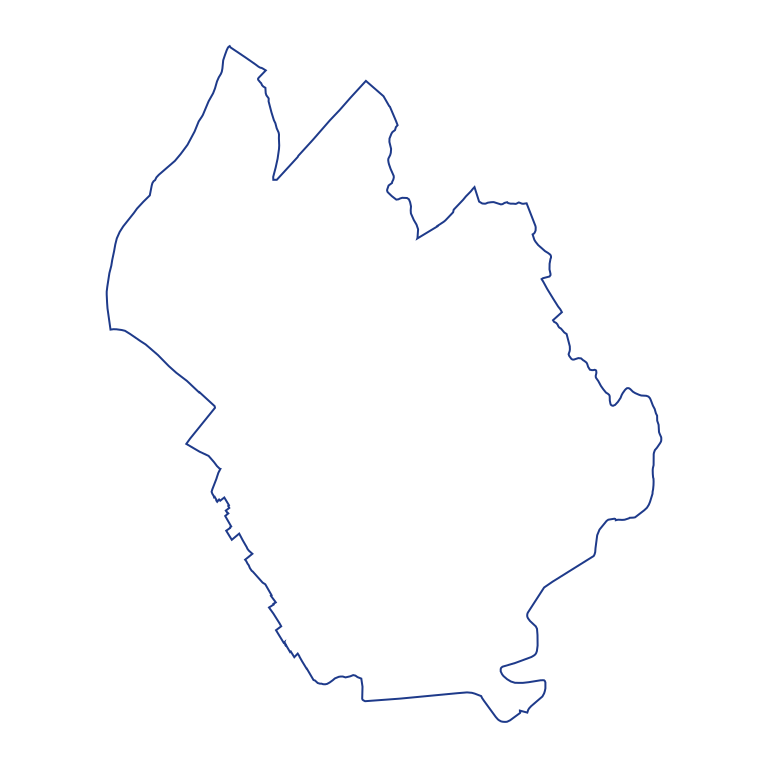 Funza, Cundinamarca, Colombia (Natural Earth projection)
{"feature_id": "7082276B8627668413751", "entity_name": "Funza", "entity_type": "district", "adm_level": 2, "iso_a3": "COL", "parent_name": "Colombia", "parent_adm1": "Cundinamarca", "projection": "natural_earth1", "projection_center": [-74.204, 4.746], "detail": "fine", "context": "isolated", "style": "outline", "palette": "blue", "viewbox_px": 768, "rotation_deg": 0, "n_neighbors": 0, "source": "geoboundaries", "source_scale": "gbopen_adm2", "svg_char_len": 6078}
<svg xmlns="http://www.w3.org/2000/svg" viewBox="0 0 768 768"><path d="M186.3,443.9L199.6,451.7L208.6,455.9L214.0,462.1L217.0,466.1L219.7,468.7L220.4,468.9L218.4,472.7L216.6,478.1L216.6,478.3L212.3,489.4L211.6,491.8L212.4,493.9L213.6,495.8L214.1,497.3L214.7,496.9L216.7,500.4L216.4,500.7L217.2,501.8L219.1,499.5L220.2,500.7L224.3,497.5L229.0,505.3L228.2,506.0L229.3,507.9L225.8,510.6L227.1,512.5L227.3,512.4L228.3,513.4L225.2,516.0L231.2,526.5L230.0,527.4L230.1,528.0L226.2,530.7L231.8,539.8L239.2,533.6L242.8,540.4L246.9,547.5L247.3,548.6L248.8,550.6L252.4,553.8L245.1,559.7L246.3,561.2L247.5,563.6L248.7,565.2L249.9,568.1L251.7,570.8L252.7,571.5L262.6,582.6L265.3,584.3L271.6,595.3L270.9,595.8L275.8,602.4L273.4,603.8L273.7,604.5L269.0,607.5L273.4,613.6L279.7,623.6L281.2,626.3L276.0,630.2L283.7,642.8L284.3,642.3L284.2,642.6L284.6,643.2L284.9,643.0L285.0,643.1L284.7,643.4L285.4,644.7L285.7,644.5L285.8,644.6L285.4,645.1L285.7,645.6L286.1,645.3L290.1,652.1L290.8,651.5L294.3,657.2L297.7,653.6L299.2,655.9L299.5,656.7L301.9,661.0L306.6,668.7L306.8,668.6L313.5,680.0L315.0,680.5L317.7,683.0L320.0,683.7L321.6,683.7L323.1,684.2L325.1,684.3L327.1,683.9L329.8,682.4L332.8,680.2L334.9,678.4L338.8,676.8L340.9,676.5L342.7,676.5L345.5,677.4L350.3,676.3L353.2,675.1L355.4,675.6L357.5,677.1L361.3,678.6L362.5,686.7L362.2,698.6L362.5,699.6L363.3,700.3L365.1,701.2L400.3,698.6L457.3,693.2L467.0,692.4L471.8,692.8L474.7,693.6L481.2,696.1L482.0,697.9L483.9,700.7L495.7,716.9L497.9,719.4L499.1,720.3L501.1,721.4L503.1,721.8L505.8,721.9L507.2,721.7L510.1,720.3L520.0,713.0L520.3,712.4L519.9,711.2L519.9,710.6L527.3,712.6L528.2,709.9L529.1,708.4L531.2,706.1L542.4,696.5L544.1,693.4L544.8,691.2L545.4,688.4L545.4,682.5L544.9,681.1L544.1,680.3L543.0,680.2L540.5,680.3L528.7,682.2L522.6,682.9L515.0,682.8L510.9,681.5L507.1,679.2L503.5,676.1L502.1,674.3L500.7,671.4L500.7,669.3L500.9,668.3L501.4,667.6L502.5,666.7L515.1,663.0L531.4,657.0L533.8,655.6L535.3,654.4L536.2,653.0L536.9,651.0L537.6,645.6L537.5,635.1L537.0,628.8L535.8,626.4L530.0,621.0L528.0,618.3L527.3,616.7L527.2,615.3L527.3,614.1L527.8,612.7L544.1,587.5L552.7,581.6L593.7,556.0L594.5,554.5L595.2,552.1L595.5,548.2L597.2,535.2L599.5,529.6L606.6,520.9L608.3,519.7L614.4,518.7L615.3,519.0L615.8,519.8L615.8,520.2L618.1,519.7L622.4,519.9L624.7,519.7L629.0,518.3L629.6,517.8L633.6,517.6L635.1,517.3L644.2,510.3L646.9,507.8L648.8,504.8L650.0,501.9L652.5,493.8L652.6,491.8L653.1,489.3L653.5,485.1L653.6,481.7L653.5,478.7L653.1,477.4L652.8,474.0L652.7,470.0L652.9,468.1L653.6,465.1L653.7,454.1L654.0,452.6L654.9,450.1L656.9,447.8L660.0,443.3L660.9,441.7L661.2,440.8L661.3,438.9L661.2,437.3L659.6,433.7L659.0,432.0L658.6,424.8L657.2,420.7L657.1,415.7L655.9,413.3L654.7,409.0L652.9,405.6L650.8,400.1L650.0,398.3L648.5,396.6L646.3,395.8L641.2,395.5L639.1,394.8L635.2,393.1L632.9,391.7L630.5,389.3L629.3,388.4L628.1,388.1L627.0,388.2L625.7,389.2L624.8,390.2L622.6,393.3L621.6,395.2L620.6,397.8L617.9,401.9L615.1,404.9L613.0,405.8L611.9,405.5L610.8,404.7L610.4,403.6L609.8,400.5L609.7,396.5L609.5,395.6L609.1,394.8L607.8,393.7L606.0,392.6L603.3,389.3L600.9,385.9L598.2,380.9L596.2,378.1L595.8,377.2L595.7,375.9L596.4,372.9L596.3,371.8L596.2,370.8L595.8,370.2L594.7,369.8L593.3,370.1L591.8,370.1L589.9,369.7L588.1,366.8L587.3,364.2L586.5,362.6L584.3,360.9L583.1,360.2L581.1,358.4L578.3,358.1L573.8,359.6L572.4,359.5L571.3,358.8L569.2,355.9L568.6,354.2L569.7,351.0L569.9,349.4L569.8,346.3L566.6,334.0L564.3,332.5L561.0,328.6L559.2,327.5L558.4,326.4L557.4,324.3L556.1,322.9L554.0,321.8L553.0,320.2L561.9,312.2L560.3,309.3L558.1,306.5L553.3,298.9L547.3,289.1L543.2,281.6L541.6,279.1L543.0,278.2L549.5,276.5L550.5,275.1L550.5,273.9L549.5,269.4L549.6,263.7L550.5,258.8L551.0,257.7L551.0,256.2L550.3,254.7L548.1,253.0L545.0,251.1L538.2,245.1L535.5,241.7L534.3,239.7L532.6,234.4L533.9,233.6L534.7,232.6L535.6,230.5L535.7,227.3L535.4,225.9L526.6,203.3L523.1,203.8L521.8,203.6L519.3,202.6L518.6,202.5L516.4,203.7L515.5,203.9L513.6,203.7L510.7,203.7L508.1,203.1L507.2,202.2L504.5,202.9L502.6,204.1L500.9,204.4L493.7,202.1L491.2,202.2L487.8,202.7L485.7,203.6L484.7,203.7L482.3,203.5L479.1,201.6L474.5,187.1L472.8,188.9L470.8,191.4L465.9,196.4L463.1,199.8L453.7,209.7L453.1,212.3L445.4,220.4L443.7,221.8L437.3,226.0L437.5,226.3L417.3,238.5L417.5,237.9L418.1,229.3L416.5,224.6L413.8,220.0L410.9,213.4L410.7,210.3L411.0,206.4L410.1,202.2L408.9,199.3L407.0,198.0L402.3,197.8L400.0,198.5L398.5,199.3L396.3,199.6L391.9,196.2L387.7,192.2L387.1,190.7L387.2,189.5L388.6,185.5L392.0,183.0L392.2,181.8L393.3,179.6L393.8,177.5L393.7,175.9L390.6,168.9L389.0,164.3L388.5,162.3L388.2,160.1L388.4,158.6L390.2,155.0L390.8,152.8L391.1,148.9L389.4,141.9L389.5,138.5L391.5,133.5L392.5,132.0L395.0,130.1L395.9,127.1L397.6,125.2L396.0,121.0L389.9,106.7L389.2,106.1L383.5,96.2L365.9,80.9L350.4,97.8L339.6,110.1L330.0,120.2L312.9,139.8L298.3,155.8L297.7,157.0L276.8,179.8L273.3,179.8L273.2,176.9L275.7,167.4L277.6,158.7L279.0,149.0L279.2,145.4L278.9,138.2L279.0,134.5L278.6,132.5L276.7,128.3L275.4,123.3L273.9,120.2L271.5,112.5L268.6,101.4L268.7,98.8L268.6,98.3L266.4,95.3L265.7,93.1L265.4,87.8L263.4,86.6L262.1,85.3L261.1,83.1L260.3,82.4L258.2,79.8L258.0,79.0L258.2,78.4L259.1,77.3L265.8,70.4L262.7,68.5L261.5,67.9L260.3,67.7L258.5,66.7L255.6,64.5L245.1,57.2L230.5,47.4L229.7,46.1L228.6,46.8L227.8,47.9L226.7,50.2L225.0,54.9L223.2,60.3L222.4,68.5L221.8,71.7L220.9,73.9L218.8,77.3L217.0,81.4L215.0,88.4L213.1,93.3L208.6,101.3L202.9,114.9L201.9,116.6L198.7,121.4L194.6,131.5L187.5,144.8L180.6,154.1L174.9,160.9L158.8,174.8L156.4,177.4L155.1,180.1L153.6,181.2L152.4,183.1L151.7,185.6L149.8,195.4L143.4,201.7L137.0,208.6L134.0,212.8L123.2,226.4L119.7,231.9L116.8,238.4L115.3,244.4L114.1,251.1L112.2,260.1L111.3,265.7L109.4,273.1L107.3,286.7L106.7,291.6L106.7,294.5L107.1,302.9L107.5,308.4L110.5,329.6L113.5,329.2L116.5,329.3L121.7,330.0L125.0,330.8L130.0,333.9L140.6,341.2L145.6,344.4L157.9,355.0L168.8,366.1L171.6,368.6L176.3,372.8L186.9,380.9L199.2,392.5L199.5,392.2L200.0,392.7L214.6,406.1L215.0,407.8L190.1,438.6L186.3,443.9Z" fill="none" stroke="#1e3a8a" stroke-width="2"/></svg>